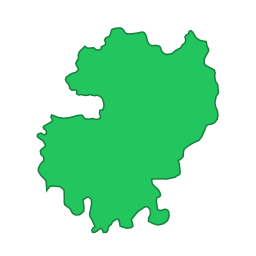 Slonim, Grodno, Belarus, rotated 352°
{"feature_id": "67162791B56929358145249", "entity_name": "Slonim", "entity_type": "district", "adm_level": 2, "iso_a3": "BLR", "parent_name": "Belarus", "parent_adm1": "Grodno", "projection": "albers", "projection_center": [25.224, 53.068], "detail": "fine", "context": "isolated", "style": "filled", "palette": "green", "viewbox_px": 256, "rotation_deg": 352, "n_neighbors": 0, "source": "geoboundaries", "source_scale": "gbopen_adm2", "svg_char_len": 3754}
<svg xmlns="http://www.w3.org/2000/svg" viewBox="0 0 256 256"><g transform="rotate(352 128 128)"><path d="M96.7,41.0L93.0,43.8L90.7,45.5L89.1,48.1L88.8,50.6L88.4,52.9L86.7,54.3L85.3,56.8L85.7,59.2L87.3,62.6L86.0,64.3L83.9,65.7L81.0,66.0L77.8,67.0L75.9,68.1L73.9,69.1L72.8,71.4L73.4,73.7L74.8,75.8L75.8,78.1L75.8,80.7L77.7,82.9L81.1,82.9L82.4,84.0L81.8,87.0L84.1,88.6L86.1,88.3L89.9,89.8L92.9,90.0L95.0,89.6L96.9,90.4L99.4,91.4L101.6,91.2L103.9,92.2L105.8,93.8L106.7,95.2L107.1,97.5L107.4,99.7L107.4,101.7L107.2,103.1L105.7,106.5L102.6,106.5L101.7,109.8L102.6,112.5L101.1,114.9L97.3,115.1L94.2,113.6L90.9,113.8L86.9,113.1L85.5,111.1L84.4,108.9L79.6,108.5L76.0,109.1L71.8,109.6L68.2,109.5L64.9,109.3L60.0,107.7L57.8,106.4L54.1,104.4L53.2,106.8L54.0,108.4L54.2,109.7L53.4,111.0L51.6,111.8L50.1,112.4L48.8,112.9L47.3,113.5L44.8,114.5L44.1,115.8L44.6,117.1L45.9,118.2L46.7,119.9L46.5,121.8L46.0,122.6L44.7,122.9L43.4,122.7L42.3,121.8L41.0,120.9L39.4,121.1L37.5,121.9L37.0,123.4L37.6,124.8L39.9,126.9L41.2,128.2L42.2,129.1L43.1,131.6L43.8,133.4L43.5,134.7L41.9,135.6L39.6,136.8L38.0,138.3L38.0,141.8L38.8,143.1L40.1,144.3L40.3,146.0L40.0,148.9L38.0,149.9L35.7,152.3L33.8,155.2L33.2,158.1L34.2,160.8L35.6,163.6L37.4,165.7L39.5,169.0L39.2,174.1L38.8,178.4L38.8,178.7L39.7,177.6L42.6,175.0L45.2,175.0L49.5,175.8L52.6,176.7L56.0,180.3L55.7,184.2L55.2,188.0L55.0,189.7L54.5,192.8L54.7,195.2L57.4,197.9L59.7,200.3L60.2,202.2L61.2,204.8L63.8,206.8L67.9,207.2L70.5,205.8L72.7,204.1L73.4,199.6L73.4,196.5L73.4,192.9L77.5,191.0L79.7,191.0L81.8,193.8L81.3,198.4L80.1,201.8L78.9,205.3L78.0,207.5L78.0,210.4L79.9,214.7L80.1,216.2L81.5,220.0L81.3,221.2L79.1,222.4L77.9,224.3L78.4,226.5L80.6,226.7L81.8,226.2L82.5,226.0L84.9,224.6L86.8,223.4L88.5,225.3L89.0,227.9L92.1,228.4L93.8,226.7L94.3,224.3L95.9,222.4L98.1,221.0L99.5,218.8L103.2,216.9L106.0,217.1L106.5,221.2L106.5,224.1L112.5,227.0L116.8,227.2L119.2,226.0L119.2,222.9L118.5,219.1L122.4,215.5L126.0,212.3L130.8,209.9L133.9,208.3L136.8,209.0L138.4,211.6L138.4,214.5L138.0,216.9L136.0,219.8L135.3,223.1L139.7,226.3L144.2,228.2L150.0,227.7L154.1,225.3L155.5,223.1L156.5,220.5L156.7,216.6L155.7,214.7L153.3,213.5L150.4,214.2L147.8,214.0L145.9,213.1L145.9,210.2L145.9,206.6L145.9,203.7L147.1,200.8L149.2,200.6L150.9,199.4L150.7,196.7L149.9,194.3L148.3,191.9L145.9,189.1L144.4,186.9L144.2,184.7L144.2,182.1L147.8,182.1L151.8,182.8L155.2,183.1L159.3,184.0L163.6,183.5L167.4,183.3L172.9,180.9L173.6,178.2L173.6,174.6L173.7,172.8L173.9,171.3L173.1,167.4L176.2,166.0L178.6,164.1L179.1,161.9L179.6,159.3L180.5,157.1L183.4,155.0L188.2,152.8L190.8,151.8L196.5,150.1L199.6,147.2L201.5,144.1L203.7,140.8L205.6,136.9L208.2,135.7L211.5,135.7L214.6,134.7L217.5,131.8L218.9,127.8L218.9,123.5L217.7,118.9L217.6,114.6L219.8,108.7L222.6,105.8L222.6,102.9L222.8,97.3L221.7,95.3L221.0,92.8L221.1,89.6L221.2,87.8L222.0,85.5L221.5,82.5L219.2,80.9L217.5,79.6L213.7,77.0L212.6,74.6L212.6,73.2L213.4,70.0L215.5,66.9L216.7,65.3L218.5,63.1L218.7,60.8L217.6,57.9L217.5,53.3L213.7,52.1L211.2,51.0L209.4,49.6L207.7,47.6L206.7,45.3L205.4,42.1L203.8,40.3L202.0,40.8L200.9,43.4L199.0,43.7L197.1,45.5L197.4,49.1L196.1,51.8L194.0,52.9L192.2,54.7L191.3,56.0L188.5,56.9L185.9,57.9L184.5,58.7L183.3,59.7L182.0,60.4L178.2,60.6L176.2,60.5L173.8,59.0L172.1,56.8L171.6,54.4L171.2,52.3L169.9,51.0L167.4,50.1L164.0,49.9L163.1,49.9L161.3,48.7L160.2,47.3L159.4,44.9L159.0,42.5L159.0,40.1L158.3,37.6L157.2,35.7L155.3,34.9L150.4,35.3L144.3,35.2L141.5,34.8L139.9,34.6L138.2,32.9L137.2,30.3L135.2,28.1L132.0,27.6L128.2,27.6L125.5,28.4L124.1,31.5L122.4,34.7L118.7,35.5L117.0,37.6L117.7,40.3L117.1,42.6L115.2,43.1L112.8,44.0L112.5,46.1L110.2,46.8L107.2,46.1L105.3,43.8L102.6,43.6L99.3,43.4L97.5,42.0L96.7,41.0Z" fill="#22c55e" stroke="#15803d" stroke-width="1.5"/></g></svg>